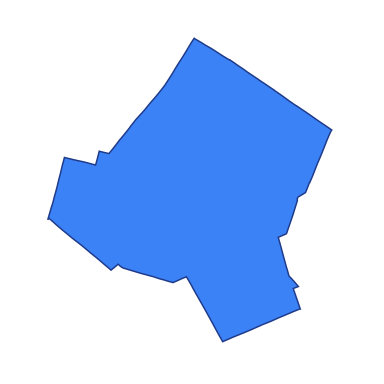 the district of Iecea Mare, Timis, Romania, rotated 173°
{"feature_id": "2599482B39316750962631", "entity_name": "Iecea Mare", "entity_type": "district", "adm_level": 2, "iso_a3": "ROU", "parent_name": "Romania", "parent_adm1": "Timis", "projection": "albers", "projection_center": [20.888, 45.853], "detail": "fine", "context": "isolated", "style": "filled", "palette": "blue", "viewbox_px": 384, "rotation_deg": 173, "n_neighbors": 0, "source": "geoboundaries", "source_scale": "gbopen_adm2", "svg_char_len": 2531}
<svg xmlns="http://www.w3.org/2000/svg" viewBox="0 0 384 384"><g transform="rotate(173 192 192)"><path d="M331.3,198.5L331.8,197.5L333.8,193.2L334.8,190.8L338.3,182.6L338.1,182.5L337.5,183.7L334.8,180.7L329.0,174.1L325.3,170.1L321.3,165.9L317.8,162.2L316.5,160.8L313.1,157.4L309.7,154.1L307.3,151.6L303.0,147.0L302.5,146.5L300.9,144.7L298.5,142.2L294.7,138.3L292.2,135.6L287.2,130.1L282.1,124.6L281.9,124.3L274.1,129.3L273.3,128.4L272.9,127.8L272.1,127.0L271.4,126.4L271.1,126.0L270.5,125.6L269.8,125.1L269.4,124.9L268.0,124.2L266.9,123.8L265.9,123.3L264.8,122.8L259.5,120.5L255.9,118.9L253.4,117.8L249.5,116.2L246.7,115.1L243.9,113.9L240.8,112.7L240.0,112.3L238.1,111.4L235.8,110.3L234.0,109.5L230.7,108.2L226.0,106.1L225.0,105.7L222.3,104.6L222.0,104.4L221.9,104.5L218.8,105.3L216.3,106.1L211.8,107.5L210.9,107.7L207.8,108.5L207.1,106.7L206.5,105.5L205.2,102.4L203.8,99.1L202.9,96.6L201.2,92.4L194.2,75.6L189.0,62.7L183.8,49.5L179.8,39.7L169.5,42.8L155.4,46.6L148.5,48.6L138.5,51.7L130.0,53.9L121.2,56.6L115.8,58.1L107.2,60.6L99.1,62.8L98.8,62.7L100.6,71.2L103.3,83.9L97.9,85.2L101.8,91.1L103.8,93.9L106.0,96.9L106.8,102.4L107.5,106.3L109.1,117.3L110.9,129.9L111.9,136.5L103.6,139.0L103.4,139.1L103.0,139.7L101.2,143.5L94.7,156.8L88.4,170.8L88.4,172.5L87.3,174.1L80.0,177.3L79.4,177.6L76.1,183.6L74.4,186.8L74.1,186.8L70.7,192.6L68.9,195.9L64.1,204.8L61.0,210.1L58.9,213.8L55.1,220.7L51.6,227.2L49.4,231.0L46.9,235.1L45.7,236.5L47.3,237.9L49.4,239.8L49.9,240.2L55.5,245.1L58.9,248.1L66.4,254.9L68.1,256.4L75.9,263.2L77.1,264.2L77.8,264.9L78.1,264.9L78.5,265.3L80.8,267.3L84.4,270.5L88.2,274.1L92.3,277.9L97.9,282.8L97.8,283.0L98.5,283.5L100.1,284.9L107.1,291.0L108.9,292.5L116.5,299.2L122.2,304.1L125.6,307.3L130.1,311.2L132.3,313.1L134.5,315.2L138.3,318.5L138.5,318.3L144.1,322.7L148.9,326.7L152.7,329.9L154.3,331.2L155.5,332.2L160.4,335.8L160.7,336.0L162.8,337.8L165.2,339.7L166.4,340.6L170.2,343.5L171.1,344.3L172.5,342.7L175.0,339.7L177.8,336.1L180.9,332.1L185.3,326.6L190.5,320.4L192.8,317.5L197.5,311.4L202.4,305.5L205.7,301.6L207.1,300.1L207.9,299.3L211.1,296.1L216.5,290.9L222.0,286.0L224.0,284.1L226.8,281.4L229.2,279.1L235.3,273.8L238.7,270.9L240.6,269.0L244.7,265.0L245.6,264.0L246.0,263.5L247.7,261.8L254.0,255.7L257.7,252.3L258.9,251.0L263.8,246.0L267.0,242.9L269.8,240.3L275.6,242.4L279.1,243.8L281.9,236.6L284.4,230.5L288.5,232.2L295.6,235.0L305.9,238.6L314.4,241.8L317.7,233.6L320.4,226.3L322.6,220.8L325.2,213.8L327.4,208.3L329.3,203.8L331.3,198.5Z" fill="#3b82f6" stroke="#1e3a8a" stroke-width="1.5"/></g></svg>